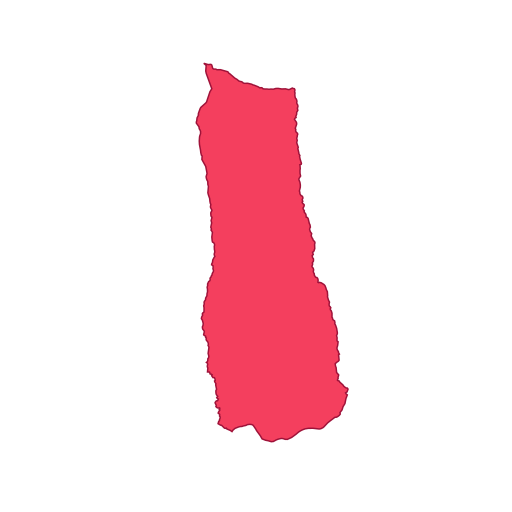 the district of Brasilândia, Mato Grosso do Sul, Brazil, rotated 43°
{"feature_id": "56859067B25661728883389", "entity_name": "Brasilândia", "entity_type": "district", "adm_level": 2, "iso_a3": "BRA", "parent_name": "Brazil", "parent_adm1": "Mato Grosso do Sul", "projection": "albers", "projection_center": [-52.472, -21.061], "detail": "fine", "context": "isolated", "style": "filled", "palette": "rose", "viewbox_px": 512, "rotation_deg": 43, "n_neighbors": 0, "source": "geoboundaries", "source_scale": "gbopen_adm2", "svg_char_len": 6160}
<svg xmlns="http://www.w3.org/2000/svg" viewBox="0 0 512 512"><g transform="rotate(43 256 256)"><path d="M422.2,334.6L422.2,329.1L422.7,325.8L423.7,320.2L424.9,318.8L425.4,317.1L425.6,315.6L425.4,314.1L424.2,313.3L423.9,309.9L422.4,306.8L421.7,303.3L419.0,298.9L417.5,295.3L415.9,295.4L414.8,295.0L415.3,293.3L414.1,290.6L412.9,290.3L412.2,290.9L411.2,291.2L409.3,291.4L407.3,291.0L403.2,291.1L402.2,290.7L400.5,291.4L399.8,290.5L399.5,289.4L398.7,288.8L397.9,287.0L397.2,286.4L396.4,286.5L395.6,286.3L394.5,286.3L390.6,282.9L389.4,282.4L387.4,280.8L387.5,278.8L388.0,276.6L387.8,275.5L383.7,271.9L383.9,270.9L382.4,270.5L381.4,269.7L379.7,269.3L378.5,268.6L377.8,267.9L376.7,265.7L374.5,262.7L373.3,262.8L372.6,262.3L371.1,260.5L369.2,259.3L368.5,257.4L367.8,256.6L364.3,253.9L361.3,252.3L359.8,251.8L359.1,250.8L357.6,249.8L356.4,250.1L355.3,250.0L354.3,249.2L353.4,249.0L350.6,246.0L348.5,244.8L347.1,244.6L346.2,243.8L346.1,242.9L344.7,242.5L344.0,242.6L343.2,242.2L342.2,241.3L341.2,239.6L339.2,238.9L336.1,237.1L335.6,236.3L332.5,233.4L330.1,232.5L329.1,231.8L326.8,230.7L325.2,230.5L322.0,231.1L320.4,232.0L320.0,232.8L319.2,233.0L318.0,231.4L317.1,230.7L316.3,230.3L315.2,230.2L314.4,230.8L313.6,230.8L311.7,230.2L310.8,229.3L309.5,228.9L308.3,228.1L307.7,226.9L307.0,226.4L306.1,225.9L304.8,225.8L303.8,225.3L303.3,223.8L302.8,223.1L301.9,222.7L301.5,220.6L300.8,219.7L299.8,218.8L298.6,218.7L296.8,217.4L296.9,215.9L294.8,214.7L295.1,213.5L294.8,212.3L294.3,211.5L294.1,210.7L290.8,207.4L290.3,206.4L289.6,205.7L288.6,205.5L287.0,205.4L285.4,204.6L284.5,204.5L282.6,203.6L281.4,201.6L279.2,201.2L277.2,200.1L276.4,199.0L276.1,197.8L275.2,197.1L274.1,196.3L272.9,195.9L268.5,193.0L267.3,192.8L266.3,193.4L264.6,191.9L263.8,191.4L261.1,190.9L260.6,190.0L258.3,189.4L257.6,188.6L257.4,187.5L257.0,186.5L256.3,185.7L255.4,185.6L254.2,185.7L253.0,185.2L253.0,184.2L251.3,183.2L250.8,181.6L249.8,180.9L248.8,180.7L247.9,181.1L246.1,180.7L245.2,180.2L244.5,179.4L243.4,178.9L241.5,175.5L240.0,173.8L237.8,172.1L235.1,170.8L234.6,170.0L234.1,167.1L231.9,165.6L229.6,163.2L228.9,162.1L226.8,160.1L225.8,159.4L226.5,158.2L226.1,157.3L222.1,155.0L219.9,153.4L219.6,152.6L217.5,151.9L216.8,151.2L213.2,148.8L212.8,147.7L208.5,145.4L207.2,143.2L206.1,142.6L205.3,141.9L204.8,140.7L204.0,139.7L203.5,138.5L202.7,138.0L200.4,137.9L199.5,137.3L198.8,136.3L197.6,135.8L195.9,132.0L195.1,131.1L194.2,130.6L190.9,129.8L190.5,128.8L190.9,127.4L189.9,126.8L189.1,124.7L187.7,123.1L187.3,121.0L185.4,119.6L184.8,118.2L183.7,117.2L181.8,116.6L181.2,116.1L180.5,115.0L179.4,114.2L178.2,113.7L177.0,113.6L176.1,113.0L174.4,111.6L173.3,110.1L172.3,109.7L171.6,108.5L170.8,107.7L169.9,107.5L169.0,108.1L168.0,108.4L166.9,111.4L166.2,112.2L163.6,113.6L160.9,116.3L157.9,118.3L156.2,120.0L154.9,122.2L153.0,123.8L151.8,125.2L150.0,126.5L149.0,127.5L147.2,128.9L145.6,128.9L144.8,129.5L144.2,130.4L142.1,130.8L138.0,132.4L137.2,132.9L135.7,133.3L132.2,135.3L129.9,137.5L129.3,137.9L128.5,138.2L127.6,138.1L126.5,138.4L125.4,139.1L124.0,139.7L121.7,139.8L119.0,140.4L112.5,140.6L111.5,140.9L110.4,140.5L109.5,140.6L102.9,144.0L100.4,146.4L99.2,146.7L97.5,148.2L96.4,148.3L93.4,146.5L92.3,146.6L90.5,148.6L86.4,150.7L89.6,150.6L93.1,155.0L95.1,156.4L109.6,163.8L110.3,167.3L114.8,177.1L114.9,178.4L114.3,185.0L114.6,186.2L116.5,190.7L117.1,191.7L117.8,192.0L118.7,195.2L120.5,197.6L120.9,198.6L121.7,199.5L126.1,200.4L127.8,201.7L129.3,202.1L130.5,202.7L132.0,204.3L133.1,206.8L133.8,207.8L136.1,210.6L138.6,213.0L143.2,216.4L145.2,218.1L147.3,219.5L148.4,219.6L150.6,222.3L158.2,224.8L163.9,229.0L165.4,232.0L166.7,233.0L168.1,233.8L169.9,234.4L172.0,236.5L173.7,237.5L177.7,242.6L179.4,243.7L182.8,245.5L185.1,247.5L186.6,248.6L187.8,249.1L189.2,251.2L190.1,251.7L192.1,252.4L192.8,252.9L193.3,254.9L193.9,255.7L195.4,257.1L196.2,257.6L197.3,257.7L198.0,258.7L199.0,260.7L201.0,262.0L203.0,265.3L203.6,266.0L204.5,266.3L205.2,266.9L205.4,267.7L207.2,268.1L208.1,268.5L210.7,272.2L213.6,274.8L214.8,275.5L215.8,275.1L217.5,275.6L218.3,276.3L218.8,277.3L221.1,279.6L222.0,280.2L223.2,281.3L223.8,282.6L224.5,283.5L226.3,284.5L226.3,285.5L227.1,288.4L228.6,290.5L228.9,291.7L229.5,292.7L231.3,292.5L232.6,293.8L233.2,294.7L234.7,295.5L235.4,296.4L235.9,298.5L236.8,300.0L236.9,301.0L237.4,302.0L237.4,303.1L237.8,303.9L238.8,304.7L239.1,305.8L238.8,307.0L239.7,309.6L240.5,310.1L241.6,312.2L243.2,313.4L245.0,315.3L245.9,317.0L247.2,318.5L247.9,321.2L248.6,321.9L249.0,322.7L249.2,324.5L249.8,325.5L250.4,325.9L251.2,327.0L251.7,328.1L253.2,329.2L255.7,331.9L256.2,332.8L255.9,333.7L256.2,335.0L257.3,335.6L257.9,337.7L258.8,339.1L260.5,339.5L263.4,341.3L264.6,342.9L265.1,344.4L266.0,345.2L266.9,345.8L268.9,346.1L269.8,346.6L271.4,349.3L272.2,349.4L273.9,349.0L274.5,349.8L275.6,349.9L276.2,350.8L277.0,351.4L279.6,351.8L281.3,352.9L281.8,354.0L283.8,354.8L287.4,359.9L289.9,361.5L290.8,363.0L290.8,363.9L292.1,365.5L292.5,366.5L292.3,367.6L293.2,367.5L294.4,368.0L295.5,369.8L296.2,370.4L297.1,370.7L299.6,373.9L301.2,372.6L303.0,373.6L303.9,372.9L305.0,372.8L305.2,373.8L307.5,374.3L308.6,373.3L310.2,374.1L311.0,374.8L310.9,375.7L311.8,376.2L313.7,376.7L314.5,377.8L318.1,380.4L318.4,381.6L319.3,382.7L320.9,384.1L322.0,384.5L323.7,384.7L323.9,386.4L324.8,386.5L326.0,386.3L326.6,388.1L325.8,389.0L325.9,390.5L326.2,391.3L328.5,392.2L329.1,392.7L329.4,393.5L330.9,393.5L332.1,393.0L332.9,391.9L333.9,392.5L333.9,393.5L334.7,393.6L335.1,396.1L335.7,396.8L337.1,396.5L337.9,397.0L338.4,397.9L339.7,398.2L340.5,399.4L340.8,400.4L341.6,401.4L341.5,402.4L342.6,404.5L345.4,403.9L346.3,403.3L350.3,403.4L351.3,402.8L351.8,402.1L352.6,402.4L356.1,401.1L358.2,400.8L357.9,399.2L358.2,396.4L359.9,392.8L360.7,391.6L362.0,390.2L362.7,388.8L364.1,386.9L364.7,385.2L366.2,383.4L367.8,382.2L368.9,381.8L370.2,381.9L374.1,382.8L375.4,383.3L381.7,384.5L385.2,385.6L388.7,384.2L390.9,382.8L393.8,381.4L395.2,379.8L396.3,376.5L397.2,374.7L398.8,372.3L400.3,371.1L402.3,370.2L404.0,368.7L405.8,364.4L406.8,359.2L407.2,355.7L407.8,353.4L408.6,351.3L409.8,348.9L411.9,346.2L415.2,343.1L420.2,339.4L421.2,338.1L422.0,336.0L422.2,334.6Z" fill="#f43f5e" stroke="#9f1239" stroke-width="1.5"/></g></svg>